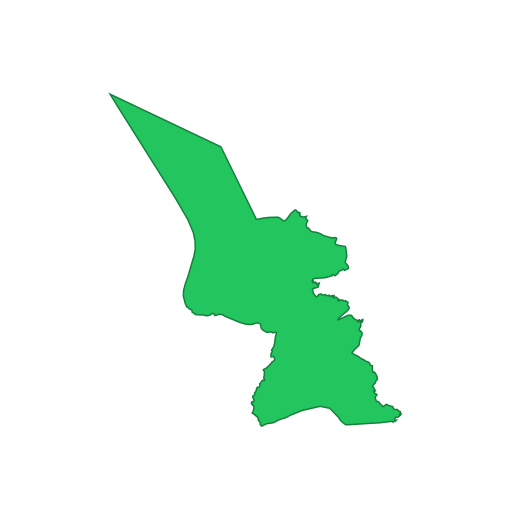 Nyando, Nyanza, Kenya (Equal Earth projection), rotated 64°
{"feature_id": "3690345B75499732008954", "entity_name": "Nyando", "entity_type": "district", "adm_level": 2, "iso_a3": "KEN", "parent_name": "Kenya", "parent_adm1": "Nyanza", "projection": "equal_earth", "projection_center": [34.954, -0.207], "detail": "fine", "context": "isolated", "style": "filled", "palette": "green", "viewbox_px": 512, "rotation_deg": 64, "n_neighbors": 0, "source": "geoboundaries", "source_scale": "gbopen_adm2", "svg_char_len": 6168}
<svg xmlns="http://www.w3.org/2000/svg" viewBox="0 0 512 512"><g transform="rotate(64 256 256)"><path d="M168.7,303.1L193.3,301.3L207.2,302.0L216.1,304.3L223.7,307.9L229.2,312.1L233.8,316.4L239.5,321.5L245.5,327.1L249.9,331.6L255.1,336.1L260.2,338.9L267.6,340.4L271.5,340.5L272.0,340.2L272.4,339.6L273.0,339.4L274.1,339.3L275.8,337.8L276.4,337.4L277.0,337.4L278.2,338.0L278.9,337.9L279.6,337.3L280.3,336.4L281.9,336.4L284.3,332.4L284.8,331.5L285.1,330.6L286.2,328.8L287.8,327.0L288.3,326.1L288.6,325.3L288.9,323.4L288.7,321.7L288.3,320.9L288.6,320.2L289.2,319.7L289.5,319.1L290.2,319.0L290.8,319.3L291.4,319.2L291.8,318.2L292.2,314.7L294.1,311.7L296.2,310.6L303.6,304.1L308.4,299.9L312.5,295.4L314.9,291.7L316.0,288.3L316.2,285.8L316.9,283.9L318.1,282.4L319.9,281.9L321.9,282.7L323.8,282.9L325.4,282.4L328.6,280.4L329.5,279.3L330.1,277.9L330.3,277.0L330.7,276.3L331.0,275.4L332.3,274.7L332.7,273.8L333.0,271.8L333.5,271.3L334.2,271.4L337.0,273.8L341.0,276.6L341.7,276.8L343.4,278.3L345.0,279.5L346.3,281.4L346.9,281.9L346.9,282.7L347.6,283.4L348.5,283.1L349.1,283.3L349.5,284.1L351.2,286.0L351.9,285.7L352.6,286.4L353.4,286.7L353.6,286.0L353.7,284.9L354.4,284.2L355.6,284.4L356.2,284.3L356.9,284.4L357.7,285.2L358.4,287.1L358.0,287.7L358.9,288.8L359.5,290.9L360.4,292.7L361.1,295.5L361.3,296.4L361.3,298.6L361.5,299.4L364.0,299.1L364.6,299.7L365.8,300.2L366.1,300.7L366.7,300.8L367.4,301.1L368.3,302.2L369.7,302.5L370.5,302.3L371.1,302.6L371.6,303.1L370.6,304.0L370.8,305.5L371.3,306.1L372.7,308.9L373.5,308.9L374.0,309.1L374.6,309.6L375.0,310.3L375.0,311.3L374.6,312.2L375.0,313.2L377.5,315.3L378.4,317.3L379.2,317.4L379.8,317.9L380.2,318.6L380.3,319.6L380.6,320.3L381.1,320.7L382.3,321.0L383.1,320.6L383.6,320.9L384.9,320.8L385.4,321.5L385.8,322.7L385.1,323.3L386.1,324.6L386.9,324.9L387.4,324.4L388.7,324.5L389.3,323.8L391.4,324.2L394.5,326.8L395.5,328.3L397.2,327.0L397.7,327.2L398.6,326.4L399.5,326.3L400.0,325.8L400.6,325.6L402.0,325.4L402.8,324.8L403.5,325.2L404.1,325.9L406.3,325.6L407.7,325.0L408.3,325.7L409.1,326.1L411.3,325.6L411.5,324.4L411.4,320.3L411.7,319.0L412.7,316.1L413.4,313.5L413.5,310.9L413.3,308.5L413.3,306.8L414.3,300.7L414.2,295.2L415.0,282.9L415.6,280.0L417.8,270.4L418.7,266.3L419.3,264.3L420.1,263.1L425.2,256.5L435.4,253.1L437.5,252.5L440.5,252.2L441.7,251.8L444.8,250.5L446.9,249.4L448.2,246.8L457.1,225.1L459.9,218.6L464.0,206.9L464.4,206.1L465.2,205.9L465.4,204.9L465.4,202.2L465.1,201.7L464.9,202.6L464.5,203.5L463.7,203.3L463.0,202.7L462.3,200.4L462.8,199.7L463.1,198.9L462.3,195.7L461.8,195.1L461.7,196.5L461.1,196.3L460.3,194.9L459.2,194.5L458.4,195.0L457.9,195.9L456.6,196.0L456.0,196.3L455.6,196.9L455.3,197.6L454.8,198.6L453.3,199.3L451.3,199.2L450.8,199.6L449.7,201.2L447.0,203.4L446.4,204.1L447.1,207.2L447.0,208.0L445.5,208.3L443.0,209.3L441.6,209.4L441.0,209.7L440.4,210.1L439.2,211.4L438.5,211.4L437.7,211.2L436.5,211.3L435.8,211.0L435.2,210.3L434.6,209.9L434.1,208.7L433.5,208.0L431.2,209.6L430.7,209.4L429.2,209.5L429.7,208.6L429.5,207.7L428.0,207.9L427.3,207.8L426.6,208.1L426.0,207.8L425.4,208.0L424.7,208.5L423.8,208.2L423.5,207.1L422.9,206.0L422.6,204.8L422.0,204.1L421.1,203.3L420.6,202.5L420.2,200.9L419.3,200.9L417.9,200.1L416.3,200.0L412.4,200.3L412.0,200.9L411.8,202.0L409.3,201.2L405.6,199.5L405.1,200.3L404.3,200.9L403.5,201.1L402.3,200.8L400.9,201.2L399.2,203.1L397.1,204.2L396.3,204.9L394.1,206.4L393.1,207.3L391.3,207.9L387.0,211.4L386.4,211.5L385.2,212.2L384.7,211.8L383.9,209.6L383.2,208.4L382.9,207.1L382.2,205.1L381.7,203.1L381.2,202.4L375.2,198.0L374.5,196.5L374.0,195.9L372.9,195.0L371.5,194.3L370.2,194.7L369.1,194.8L368.7,195.5L367.2,195.6L366.5,195.0L366.0,193.7L365.5,193.0L364.9,192.5L362.1,191.2L361.7,190.5L362.0,189.5L360.4,188.0L359.9,187.8L359.8,188.7L360.6,190.8L360.0,191.1L359.2,190.8L358.6,191.2L358.9,191.9L360.1,192.2L360.3,192.9L359.6,193.0L359.1,192.7L358.4,192.8L358.3,193.6L357.0,194.1L356.3,194.8L355.5,195.2L353.5,195.9L351.9,196.0L351.1,196.4L349.8,198.4L349.7,199.8L349.6,201.5L349.5,208.4L349.6,209.7L349.2,210.4L348.7,210.0L348.4,209.3L346.8,204.1L345.5,198.8L344.8,196.7L344.2,195.8L343.6,195.0L342.7,194.7L342.0,195.1L341.4,195.0L340.0,195.3L338.4,193.9L337.8,193.6L336.6,194.5L335.4,195.1L335.3,196.2L334.4,197.4L333.6,197.3L332.8,198.8L332.7,200.8L332.5,201.6L332.0,201.8L331.3,200.5L330.8,201.1L330.0,201.4L329.0,201.4L328.4,201.9L327.8,202.7L328.0,204.1L327.3,204.2L326.5,203.5L325.7,203.1L325.4,203.9L326.4,204.9L326.0,205.6L324.9,205.3L324.5,207.1L324.1,207.8L323.3,207.5L322.6,209.9L321.4,210.4L320.8,211.0L320.9,212.3L319.9,213.7L319.1,213.8L318.5,214.2L318.4,215.0L318.2,216.6L319.0,217.9L319.0,219.9L314.7,220.8L310.2,219.6L311.2,213.8L308.1,211.1L308.3,213.5L307.6,213.0L306.2,213.8L306.1,214.5L305.5,214.2L305.3,215.2L304.5,215.6L304.7,216.3L303.9,215.9L303.4,216.6L302.7,216.0L302.7,215.1L301.9,215.1L301.6,214.0L302.8,210.7L304.0,207.9L305.2,205.0L306.0,202.6L306.7,198.8L306.6,197.9L307.2,196.3L306.7,195.9L306.3,195.4L306.7,194.3L308.0,194.1L308.4,193.4L307.8,191.2L307.7,190.1L306.4,188.5L306.0,187.2L306.1,186.4L306.5,185.8L305.8,183.6L306.5,183.5L307.1,182.7L307.7,182.7L307.8,178.8L307.4,178.3L306.3,177.9L304.8,177.6L303.3,177.9L301.9,178.6L301.1,178.6L298.4,176.7L296.7,175.0L295.6,174.3L288.8,172.0L286.6,171.5L284.0,175.3L280.9,179.1L280.1,179.4L278.9,178.7L278.1,178.8L277.6,178.3L277.4,177.5L276.1,176.0L275.0,175.9L274.4,176.3L272.9,179.6L272.0,181.1L271.2,182.0L267.3,186.3L266.0,187.2L264.8,187.9L262.7,189.7L261.0,191.6L259.0,194.6L258.3,195.3L257.5,195.8L256.4,196.2L253.9,196.5L253.4,197.5L252.3,197.8L251.7,197.6L251.0,197.7L249.7,197.3L247.9,195.3L247.4,194.4L247.0,194.0L244.1,194.8L243.4,194.5L242.5,193.3L242.4,194.1L242.0,195.2L241.9,196.3L240.8,197.2L240.4,198.1L239.7,198.8L239.1,198.8L238.4,198.2L238.0,198.6L236.8,198.4L236.3,198.5L236.4,197.6L235.9,197.9L235.7,198.8L235.1,198.8L234.5,199.7L232.9,199.7L232.2,200.1L231.7,200.6L232.3,203.3L233.3,206.5L235.9,211.3L236.6,212.9L236.8,214.0L236.8,215.2L236.2,216.1L233.6,217.2L231.3,218.7L230.7,219.3L227.1,227.2L225.2,232.6L224.5,235.1L224.0,237.4L223.1,239.8L222.4,239.6L142.5,239.7L46.6,316.2L63.8,314.5L168.7,303.1Z" fill="#22c55e" stroke="#15803d" stroke-width="1.5"/></g></svg>